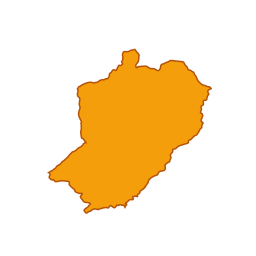 Pueblo Rico, Risaralda, Colombia, rotated 247°
{"feature_id": "7082276B22807037286061", "entity_name": "Pueblo Rico", "entity_type": "district", "adm_level": 2, "iso_a3": "COL", "parent_name": "Colombia", "parent_adm1": "Risaralda", "projection": "natural_earth1", "projection_center": [-76.101, 5.29], "detail": "fine", "context": "isolated", "style": "filled", "palette": "amber", "viewbox_px": 256, "rotation_deg": 247, "n_neighbors": 0, "source": "geoboundaries", "source_scale": "gbopen_adm2", "svg_char_len": 5752}
<svg xmlns="http://www.w3.org/2000/svg" viewBox="0 0 256 256"><g transform="rotate(247 128 128)"><path d="M197.7,165.0L197.8,163.3L198.2,162.1L198.4,161.2L198.4,160.5L198.2,159.2L198.2,158.5L198.6,156.9L198.9,156.3L199.4,155.3L199.8,154.2L199.8,153.9L199.6,153.3L197.9,151.7L197.0,151.3L195.7,151.1L193.3,150.0L192.7,149.6L192.4,149.2L191.8,148.3L191.3,147.9L190.4,147.9L189.5,148.3L188.9,147.9L188.5,146.4L188.3,146.1L188.5,145.4L189.0,144.6L189.2,143.8L188.3,143.0L187.7,142.0L186.5,140.8L186.1,140.0L185.7,139.7L186.3,138.6L187.0,138.0L187.3,137.0L187.2,136.7L186.5,135.2L186.0,134.8L185.8,134.5L185.6,133.9L185.4,132.7L185.0,132.1L184.8,131.9L183.9,131.5L182.7,130.7L182.0,129.7L181.5,128.6L181.4,128.1L181.8,127.3L182.0,126.5L181.7,124.6L182.5,123.3L182.7,121.6L182.7,120.2L182.1,118.1L182.2,117.3L182.6,116.1L182.6,114.7L182.9,113.9L184.1,112.5L184.9,111.2L185.6,108.3L185.5,107.2L185.8,105.5L185.7,104.2L185.5,103.1L185.7,102.3L185.4,101.3L185.0,100.3L185.3,99.4L185.1,98.7L183.8,96.8L183.6,96.6L182.7,96.7L181.5,96.5L181.1,96.3L180.6,95.7L178.7,94.5L178.2,94.4L176.8,94.3L174.5,95.2L173.3,94.9L169.2,92.5L168.2,92.2L166.1,92.0L165.1,91.7L162.3,89.2L160.4,88.0L157.9,87.4L156.2,87.4L153.4,87.6L151.8,87.6L150.7,86.5L148.9,86.1L146.2,85.0L144.3,84.0L142.9,82.9L138.6,81.7L136.8,81.4L136.2,82.1L135.2,82.6L133.0,83.1L131.8,83.5L131.0,83.6L131.2,83.2L131.2,82.6L131.0,81.6L130.9,80.8L130.0,79.7L129.3,78.0L129.1,77.1L129.1,75.1L128.3,72.7L127.9,71.6L127.6,70.4L127.6,67.0L126.9,65.5L126.5,64.5L125.7,62.7L124.8,61.4L124.4,60.0L123.9,58.9L123.0,56.0L122.5,53.9L121.1,51.4L121.1,50.5L120.8,48.5L120.5,47.2L119.5,46.0L119.2,44.7L118.4,41.2L118.4,39.5L118.1,38.6L117.9,37.5L117.5,37.9L117.0,38.2L116.3,38.3L115.7,38.1L115.2,37.8L114.0,36.5L112.9,36.1L112.4,36.3L111.7,36.6L110.7,36.9L109.9,37.8L109.6,38.3L109.5,39.3L107.7,39.8L107.1,40.1L106.7,40.9L106.1,42.9L105.8,44.9L104.9,47.4L104.3,48.6L103.5,49.8L102.4,52.0L102.0,52.4L101.2,52.7L100.8,52.7L100.2,52.4L98.9,51.8L98.4,51.9L95.1,53.1L92.5,54.6L90.7,54.6L90.1,54.5L89.6,54.8L87.0,57.3L85.9,59.7L85.7,60.1L85.3,60.1L85.1,60.0L84.0,58.1L83.7,57.6L83.2,57.3L81.6,57.4L79.8,57.9L77.8,58.3L77.1,58.7L76.4,59.5L75.9,60.2L75.4,61.3L74.7,62.3L73.9,63.3L73.4,63.7L72.9,63.7L72.5,63.3L71.8,61.3L71.3,60.7L70.9,60.2L70.6,58.6L70.5,57.9L70.4,57.2L69.9,56.1L69.4,55.4L68.6,55.4L66.3,56.0L66.0,56.4L65.9,57.5L66.1,57.9L66.3,58.8L66.2,61.9L66.6,62.5L66.8,63.0L66.7,63.5L66.7,65.2L66.5,66.0L66.3,66.4L64.7,68.4L64.5,69.0L64.4,69.4L64.6,70.3L64.6,70.9L64.3,72.0L64.2,72.9L64.1,74.6L63.7,75.3L63.7,75.9L63.6,76.3L62.8,77.7L62.3,78.2L62.2,78.6L62.2,78.8L62.4,79.2L63.2,80.7L63.4,81.7L62.0,82.8L60.8,83.4L59.8,84.4L60.1,85.6L61.1,87.0L61.4,87.6L61.2,87.9L60.7,88.2L60.5,88.7L60.4,89.6L60.6,90.3L60.3,91.3L59.9,91.7L59.6,91.8L59.1,92.4L58.9,93.1L58.8,93.7L58.7,93.9L58.0,94.2L57.1,94.1L56.2,94.2L57.1,95.2L57.8,96.6L58.3,97.0L58.6,97.0L58.9,96.4L59.3,96.1L59.5,96.1L59.7,96.3L60.0,97.0L60.4,99.0L61.2,100.8L61.2,101.8L61.0,102.9L60.7,103.4L60.2,104.2L60.2,104.6L60.5,105.0L61.0,105.4L62.4,105.2L62.7,105.3L62.8,105.5L62.8,106.7L62.6,107.6L62.4,108.2L62.0,108.9L61.2,109.6L61.2,110.0L61.6,110.3L62.6,110.5L63.3,111.3L63.2,112.4L64.0,113.8L64.4,114.2L65.1,114.5L65.4,114.8L65.4,116.2L65.8,117.1L65.8,118.0L66.3,119.1L66.4,120.0L66.6,120.3L67.3,120.6L67.8,122.0L68.5,122.9L69.3,124.1L69.8,125.0L70.1,125.3L70.9,125.7L72.0,127.0L72.2,127.5L72.5,127.8L72.5,128.3L73.1,129.2L73.4,131.3L73.4,132.4L73.6,133.0L73.4,135.6L73.4,136.7L73.6,137.1L75.3,139.0L75.4,139.5L75.5,141.6L75.0,143.2L74.9,144.2L74.9,144.8L75.1,145.5L76.1,146.6L76.7,146.9L78.8,147.2L79.2,147.4L80.0,148.7L80.3,149.7L80.7,151.4L80.6,152.9L80.8,153.3L81.4,153.5L82.6,154.6L83.2,155.4L83.8,155.9L85.3,156.3L86.5,156.2L87.5,157.6L87.8,158.5L88.3,159.3L88.6,159.8L89.3,160.2L90.7,160.6L90.9,161.1L90.9,161.6L90.4,163.2L90.4,163.9L91.2,166.0L91.4,166.7L91.5,167.8L91.5,169.9L91.3,170.7L91.1,174.1L90.9,174.8L90.7,176.2L90.7,176.9L90.8,177.7L91.5,178.3L92.2,178.4L92.7,178.8L92.9,179.4L92.8,181.1L93.2,182.3L93.6,182.9L94.0,184.0L94.7,185.7L94.8,187.9L95.1,189.1L96.9,191.8L97.6,192.5L98.2,193.3L98.6,193.6L98.8,194.1L99.1,194.6L99.3,195.6L99.6,196.1L100.9,196.6L101.7,197.1L102.4,197.9L102.6,198.4L102.8,198.7L103.3,199.0L103.8,199.0L104.1,198.9L104.7,198.1L106.2,198.1L106.9,198.6L107.7,199.2L107.9,199.7L109.5,200.9L110.2,201.7L112.1,201.8L113.8,200.7L114.7,201.1L115.6,202.3L116.8,203.1L117.5,203.1L119.2,203.6L119.6,204.5L119.7,205.6L120.1,206.5L121.1,207.0L123.4,207.8L123.7,208.6L123.7,209.3L123.3,210.0L123.2,211.0L123.4,211.6L124.7,212.3L125.7,213.0L127.1,214.7L127.3,215.3L127.9,215.7L128.4,215.5L129.3,215.5L130.2,215.6L130.9,216.0L131.2,216.4L131.7,217.6L131.7,219.9L133.2,219.6L134.0,219.1L134.9,217.5L137.4,215.0L137.8,214.4L138.4,213.7L139.3,212.9L140.7,212.2L143.7,211.0L147.2,210.7L148.5,210.8L151.2,210.2L153.1,210.2L153.8,210.1L154.6,209.3L156.2,208.4L157.0,207.6L157.9,206.4L158.8,206.2L160.0,206.2L161.0,206.1L161.3,206.2L163.6,205.2L166.4,205.0L167.1,204.7L167.7,204.2L168.6,202.4L169.3,201.3L169.9,200.0L170.7,198.8L171.2,197.6L171.9,196.6L172.5,196.0L172.6,195.3L172.9,194.6L173.5,193.6L173.6,193.0L173.3,192.0L173.2,190.9L173.2,190.0L173.4,189.0L173.2,186.3L173.4,183.7L172.6,182.5L171.5,181.9L170.4,181.2L169.7,180.3L169.0,179.1L169.0,178.3L169.5,177.3L171.3,176.1L172.1,175.5L172.6,174.9L173.6,172.6L174.2,171.6L174.9,171.0L175.5,170.7L176.3,170.2L177.3,169.2L177.9,168.8L178.2,168.1L178.9,165.9L179.4,164.9L180.2,162.1L180.5,161.4L180.5,161.2L180.1,160.5L180.1,159.9L180.3,159.4L180.8,159.2L181.9,159.4L182.5,159.6L183.2,160.1L185.1,163.4L187.7,165.1L189.0,165.6L189.7,165.9L190.4,166.6L191.2,166.7L191.8,166.6L193.8,166.1L194.6,165.7L195.4,165.5L196.6,165.4L197.7,165.0Z" fill="#f59e0b" stroke="#b45309" stroke-width="1.5"/></g></svg>